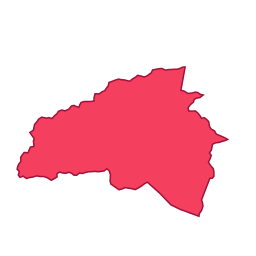 Nazaré, Bahia, Brazil, rotated 282°
{"feature_id": "56859067B60391467377096", "entity_name": "Nazaré", "entity_type": "district", "adm_level": 2, "iso_a3": "BRA", "parent_name": "Brazil", "parent_adm1": "Bahia", "projection": "orthographic", "projection_center": [-38.979, -12.947], "detail": "fine", "context": "isolated", "style": "filled", "palette": "rose", "viewbox_px": 256, "rotation_deg": 282, "n_neighbors": 0, "source": "geoboundaries", "source_scale": "gbopen_adm2", "svg_char_len": 2169}
<svg xmlns="http://www.w3.org/2000/svg" viewBox="0 0 256 256"><g transform="rotate(282 128 128)"><path d="M137.5,227.9L138.7,224.2L139.6,219.8L140.4,215.6L143.2,213.2L144.3,209.5L146.1,207.7L148.4,206.6L150.9,205.7L152.5,203.5L153.9,200.6L152.9,197.8L155.0,195.8L157.0,193.5L158.7,190.3L157.9,187.5L157.2,184.1L160.1,182.5L163.9,184.2L166.9,186.6L169.7,186.9L171.4,188.8L172.8,192.1L175.9,194.7L176.0,191.6L177.2,188.8L177.1,186.3L175.5,183.4L174.3,179.3L175.7,175.7L175.9,171.9L199.6,171.2L198.9,168.8L197.2,166.6L195.8,164.1L194.8,160.1L193.6,155.6L192.4,152.5L193.3,148.7L191.9,144.6L189.9,140.0L186.9,139.3L184.7,137.4L182.7,135.5L181.3,133.2L181.5,130.0L181.5,126.4L179.4,124.9L177.1,122.4L174.1,119.9L174.3,114.6L173.9,111.6L173.9,108.7L172.6,106.2L170.8,103.5L168.6,99.9L165.2,99.9L162.5,98.6L159.6,97.4L158.2,95.3L155.4,92.7L154.6,88.6L150.4,88.5L147.5,89.2L146.3,86.5L145.5,82.8L144.7,79.3L143.1,76.7L140.6,76.0L138.1,75.6L138.2,73.0L138.9,70.6L137.8,68.1L134.4,66.4L131.7,63.0L131.8,59.4L129.8,56.4L127.1,55.5L124.9,53.7L121.5,51.7L121.7,48.5L120.7,46.1L120.7,41.4L118.2,38.8L115.3,37.6L111.9,35.8L109.4,35.9L106.2,35.9L103.2,32.9L100.5,35.8L98.1,38.5L95.3,38.2L92.9,39.2L90.3,39.7L89.1,36.5L85.5,35.8L83.0,35.4L82.5,31.5L79.8,30.2L76.8,29.1L73.0,30.2L70.3,28.8L67.5,28.1L64.6,28.1L62.9,30.7L59.1,30.5L57.3,32.6L59.1,35.4L57.5,39.1L59.2,42.3L60.2,45.1L62.1,48.4L62.3,52.5L63.0,55.5L62.6,59.3L60.9,63.9L63.4,66.8L65.4,68.8L68.3,68.0L70.6,70.0L70.4,74.0L70.9,77.0L72.4,79.3L72.0,82.3L70.6,84.8L71.2,87.7L73.7,89.7L74.1,93.1L75.8,95.8L77.1,99.0L77.8,101.8L78.7,104.9L79.0,107.9L79.9,110.5L81.0,113.5L83.7,115.8L82.2,118.5L78.7,120.5L75.1,121.1L72.4,121.5L69.6,122.9L65.7,132.1L67.5,135.4L69.1,137.7L69.2,140.8L69.4,144.6L69.3,148.0L70.9,149.9L72.7,151.8L74.7,153.9L76.8,155.6L79.0,158.2L71.0,172.3L61.7,186.0L59.2,196.2L56.4,215.8L58.8,215.5L62.5,217.0L67.0,217.6L70.4,216.4L72.8,214.9L77.1,215.5L95.7,218.5L96.5,221.0L98.7,222.1L103.0,221.1L106.1,219.8L108.4,216.6L111.2,213.8L115.4,214.8L118.7,215.1L120.3,212.9L124.2,214.2L129.6,214.0L131.7,216.8L132.8,220.1L134.4,222.7L135.8,225.5L137.5,227.9Z" fill="#f43f5e" stroke="#9f1239" stroke-width="1.5"/></g></svg>